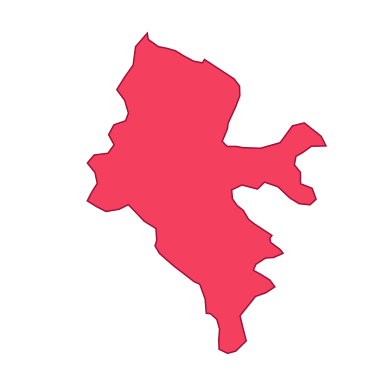 Paju-si, Gyeonggi, South Korea, rotated 122°
{"feature_id": "91817680B14253606839965", "entity_name": "Paju-si", "entity_type": "district", "adm_level": 2, "iso_a3": "KOR", "parent_name": "South Korea", "parent_adm1": "Gyeonggi", "projection": "robinson", "projection_center": [126.826, 37.84], "detail": "fine", "context": "isolated", "style": "filled", "palette": "rose", "viewbox_px": 384, "rotation_deg": 122, "n_neighbors": 0, "source": "geoboundaries", "source_scale": "gbopen_adm2", "svg_char_len": 1375}
<svg xmlns="http://www.w3.org/2000/svg" viewBox="0 0 384 384"><g transform="rotate(122 192 192)"><path d="M186.5,101.2L186.0,122.7L185.2,129.6L180.4,138.8L179.6,146.5L176.4,154.1L169.2,159.5L159.6,153.4L154.8,138.0L145.2,135.7L142.0,121.9L145.2,105.8L145.2,95.1L140.4,85.2L132.4,82.9L125.2,92.1L127.5,104.3L117.9,110.4L114.7,119.6L106.7,122.7L99.5,118.9L89.9,115.0L81.9,102.8L76.3,112.0L73.9,133.4L82.7,141.9L103.5,143.4L118.7,157.2L127.5,172.5L129.9,178.7L134.7,186.3L133.1,193.2L119.5,195.5L114.7,197.8L97.1,200.1L85.1,202.4L77.0,207.8L73.8,216.3L73.0,251.6L77.0,251.6L80.2,260.0L81.0,271.5L81.0,280.8L83.4,289.2L86.6,297.7L85.8,310.0L81.0,314.1L98.6,316.9L115.5,309.2L130.7,310.0L145.1,310.0L149.9,297.7L158.8,287.7L166.8,286.1L176.4,293.8L187.6,293.1L193.2,283.1L203.7,283.8L212.5,294.6L222.9,296.1L226.9,284.6L234.9,276.9L246.1,276.9L255.0,276.1L255.0,265.4L254.1,254.6L245.3,244.7L236.5,239.3L238.9,229.3L242.1,217.0L242.1,203.2L251.7,196.3L257.3,194.8L261.3,187.1L262.9,177.9L264.5,167.2L266.9,142.6L266.1,136.5L275.7,124.2L287.3,115.6L285.4,111.7L286.9,103.4L293.6,96.0L303.8,90.6L311.0,85.7L310.0,76.4L303.8,70.6L289.5,67.1L280.2,76.9L271.5,85.7L246.9,82.8L238.2,75.9L228.5,71.5L225.4,79.4L225.4,89.7L225.9,98.5L219.3,99.5L209.0,94.6L204.4,88.2L195.7,82.3L194.1,86.7L193.1,98.5L190.0,101.4L186.5,101.2Z" fill="#f43f5e" stroke="#9f1239" stroke-width="1.5"/></g></svg>